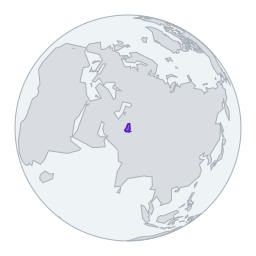 Mary highlighted on a globe, orthographic projection, rotated 42°
{"feature_id": "TKM-360", "entity_name": "Mary", "entity_type": "Province", "adm_level": 1, "iso_a3": "TKM", "parent_name": "Turkmenistan", "parent_adm1": "", "projection": "orthographic", "projection_center": [62.192, 37.327], "detail": "fine", "context": "on_globe", "style": "filled", "palette": "violet", "viewbox_px": 256, "rotation_deg": 42, "n_neighbors": 0, "source": "natural_earth", "source_scale": "10m", "svg_char_len": 11463}
<svg xmlns="http://www.w3.org/2000/svg" viewBox="0 0 256 256"><g transform="rotate(42 128 128)"><circle cx="128" cy="128" r="113" fill="#eef3f6" stroke="#a8b0b8"/><path d="M140.8,16.1L144.7,17.3L154.8,20.8L160.2,22.0L157.3,21.9L169.0,24.8L175.9,28.0L166.8,24.3L164.8,24.0L168.8,26.0L167.6,26.2L168.9,27.3L167.2,27.4L161.9,25.6L160.7,25.7L163.6,27.2L163.7,28.4L159.6,26.2L159.3,28.2L150.5,26.1L141.0,21.1L134.7,21.1L121.3,19.4L121.1,20.1L115.9,20.2L113.8,21.2L111.9,20.9L111.9,22.0L114.0,22.1L114.7,22.7L113.7,23.4L111.1,23.0L111.2,22.6L109.9,22.8L109.1,22.4L108.9,23.0L105.9,22.6L107.3,24.0L103.6,24.6L102.0,24.1L104.2,22.8L106.1,19.3L105.2,18.9L101.6,19.3L90.6,22.7L88.7,23.0L84.7,24.4L84.7,24.7L87.9,23.8L87.0,25.0L91.1,24.0L91.3,24.5L94.6,24.3L91.8,25.8L87.4,27.6L84.5,27.9L82.4,28.8L83.3,29.9L76.2,32.3L68.5,37.1L66.9,37.7L67.1,35.8L71.7,31.9L71.9,30.6L69.5,33.2L65.5,35.1L63.9,36.3L62.8,37.3L63.4,37.3L61.5,38.5L63.3,36.1L65.0,35.0L64.4,35.7L66.5,34.0L67.7,32.9L65.6,34.2L65.8,34.1L72.5,30.0L79.5,26.3L86.7,23.2L94.1,20.6L101.7,18.5L109.4,16.9L117.2,15.9L125.1,15.4L132.9,15.5L140.8,16.1ZM145.7,16.8L143.9,16.6L144.0,16.5L145.0,16.7L145.7,16.8ZM164.3,23.1L162.0,22.2L164.7,23.1L164.3,23.1ZM169.4,27.5L170.4,27.8L170.6,28.3L169.4,27.5ZM95.9,23.5L95.2,23.8L94.9,23.7L95.9,23.5ZM97.9,23.1L98.0,22.6L99.0,22.3L98.9,22.6L97.9,23.1ZM168.2,29.0L168.2,29.9L167.3,28.6L168.2,29.0ZM97.5,23.8L100.7,22.0L102.5,21.6L103.5,22.5L97.5,23.8ZM167.7,30.2L167.8,32.6L170.1,33.4L163.8,33.0L165.7,30.8L164.2,29.1L166.2,30.1L167.7,30.2ZM115.2,21.9L112.8,21.8L115.7,21.3L115.2,21.9ZM116.9,21.5L124.8,19.7L127.7,20.4L124.4,20.8L129.0,21.4L126.5,22.6L123.5,22.5L122.1,21.8L122.2,22.9L116.9,21.5ZM160.2,32.5L159.5,32.9L159.3,32.1L160.2,32.5ZM115.2,22.9L116.6,22.4L119.2,23.0L117.0,24.1L116.9,23.5L115.2,22.9ZM131.4,21.1L133.0,21.8L131.4,23.0L131.8,23.4L126.7,22.7L131.4,21.1ZM115.7,23.8L115.8,24.7L113.6,25.1L114.1,23.5L115.7,23.8ZM120.8,22.7L122.0,23.0L120.6,23.2L120.8,22.7ZM105.9,27.3L107.5,26.5L109.0,26.7L105.9,27.3ZM116.0,25.0L116.7,24.9L117.5,24.9L117.1,25.6L116.0,25.0ZM126.0,23.6L125.0,24.0L128.0,24.0L126.9,25.0L123.7,24.4L124.6,25.0L124.3,25.4L122.1,24.5L126.0,23.6ZM119.0,26.5L114.6,26.3L111.4,27.7L110.0,27.5L115.4,25.4L119.0,26.5ZM121.0,25.4L119.4,26.0L118.5,25.4L118.9,24.6L121.0,25.4ZM127.3,25.9L129.8,24.5L130.4,24.7L127.3,25.9ZM118.3,27.0L119.3,27.0L118.2,27.2L118.3,27.0ZM124.8,26.3L125.5,25.8L126.2,26.0L124.8,26.3ZM120.9,27.7L119.4,27.6L119.7,27.0L120.9,27.7ZM122.8,27.1L123.5,27.6L120.7,26.8L123.0,26.8L122.8,27.1ZM125.3,26.6L125.9,26.6L124.8,26.8L125.3,26.6ZM120.7,30.1L117.0,29.3L117.6,27.9L121.1,28.9L120.7,30.1ZM20.6,136.1L20.8,116.9L23.1,113.3L25.3,106.5L43.2,96.3L45.0,100.6L56.8,106.6L57.9,108.5L54.4,113.3L61.5,125.9L66.4,123.0L74.9,131.1L82.0,133.4L88.3,123.8L76.8,119.7L76.9,113.7L87.8,112.6L98.3,116.5L98.7,114.3L93.8,107.8L98.0,104.9L92.4,105.3L93.3,107.9L89.8,108.4L88.7,106.0L90.2,105.0L87.6,103.0L81.0,108.8L81.3,112.2L73.2,110.3L72.9,115.8L70.1,117.1L69.6,108.4L71.0,105.9L68.6,95.1L66.4,97.5L68.5,107.9L67.0,106.4L64.0,110.2L65.2,106.2L63.4,94.5L57.4,92.5L46.6,98.2L43.7,96.5L42.7,92.0L49.9,82.7L55.5,87.6L58.1,84.8L59.7,78.5L61.2,80.7L62.6,78.9L64.9,80.6L71.0,78.4L73.8,79.8L78.7,74.8L80.9,74.9L77.3,77.8L76.4,80.7L83.7,84.4L85.9,83.9L88.5,80.5L90.2,82.1L91.8,78.3L97.3,79.0L92.0,75.1L94.9,71.4L99.6,69.8L99.6,68.0L91.9,70.7L89.8,72.5L89.4,75.1L82.6,80.0L79.5,79.6L83.0,72.3L79.0,71.2L83.5,66.3L101.5,61.2L107.7,61.5L112.4,69.7L109.5,71.6L106.3,69.5L106.9,74.8L108.0,72.7L109.4,74.3L112.6,71.5L113.7,72.4L114.8,68.3L116.5,69.1L115.8,71.8L122.0,68.8L126.4,70.0L127.2,69.0L126.9,67.4L132.6,70.2L133.0,69.3L131.3,68.0L130.9,65.4L132.4,62.1L134.3,63.2L134.0,64.6L136.2,69.3L135.1,73.1L136.1,73.2L137.5,70.3L134.8,64.4L135.2,62.1L136.9,64.6L136.3,63.5L137.1,62.7L139.7,63.1L138.0,60.3L144.1,51.3L149.7,51.4L150.5,54.5L156.8,50.3L162.6,51.4L161.0,50.2L162.9,47.7L161.2,47.3L160.5,46.5L164.7,40.7L167.1,40.5L167.1,37.1L166.2,36.6L164.4,36.5L163.8,33.0L170.1,33.4L171.7,34.6L174.6,34.3L177.8,37.3L181.7,39.9L183.4,43.8L186.4,45.7L187.2,45.4L191.9,48.0L198.6,54.9L189.6,50.6L178.7,41.8L182.9,45.4L180.9,45.1L181.7,46.8L184.7,49.4L185.7,49.4L185.1,57.3L190.2,66.4L192.4,63.9L195.8,65.0L203.5,74.6L206.7,92.6L211.2,95.5L212.8,98.4L211.8,101.9L209.4,97.6L206.6,97.5L205.5,94.8L203.0,99.2L201.3,95.5L200.2,101.1L202.8,103.3L205.6,100.5L205.4,107.3L210.8,110.3L213.5,116.2L211.7,130.6L206.7,137.4L206.8,139.5L203.7,138.7L201.2,144.2L208.3,152.4L208.7,155.5L203.9,164.0L203.5,161.9L195.3,159.7L195.0,167.4L201.2,170.9L203.4,176.7L199.1,176.6L196.7,171.5L193.8,170.5L193.8,164.0L189.8,155.5L185.4,158.9L184.9,154.9L178.7,148.3L171.9,152.9L161.7,165.9L161.6,175.9L157.5,180.8L149.3,167.7L147.0,157.9L143.2,159.2L135.4,151.1L119.5,150.4L118.0,147.6L114.9,148.7L109.6,145.5L107.6,140.8L104.0,140.6L109.4,152.9L113.4,153.1L117.8,149.0L118.4,153.2L123.7,157.1L115.0,166.2L92.7,171.5L91.9,163.8L82.0,139.3L83.1,137.0L83.1,136.7L83.0,136.2L80.7,139.7L79.5,134.8L83.3,151.7L83.4,158.2L92.4,171.9L91.2,172.8L94.5,175.8L106.8,174.9L106.6,177.3L100.0,187.4L84.2,198.0L87.1,207.1L87.3,213.6L79.2,215.4L81.8,220.3L77.9,220.4L78.8,222.7L76.7,223.8L72.5,223.6L63.5,219.1L61.4,216.9L54.7,210.3L44.7,195.3L45.4,190.9L44.0,185.7L37.6,170.5L38.9,164.8L37.5,160.9L34.6,159.1L33.2,154.3L31.5,152.7L22.3,144.3L20.6,136.1ZM34.8,104.4L33.8,106.2L33.7,106.3L34.8,104.4ZM107.9,126.1L115.1,127.7L114.3,120.4L117.0,120.4L115.7,118.0L114.2,119.8L111.4,113.3L115.4,111.8L115.8,108.8L113.4,108.1L106.6,112.0L110.4,121.1L107.8,123.6L107.9,126.1ZM65.4,35.2L65.2,35.5L63.8,36.6L63.9,36.3L65.4,35.2ZM60.9,41.1L58.1,42.9L60.2,41.3L59.8,41.0L63.7,37.5L66.3,37.8L64.4,38.2L60.9,41.1ZM69.6,33.4L66.9,35.3L69.8,33.2L69.6,33.4ZM67.6,68.0L67.5,70.0L65.3,71.5L61.7,70.5L64.9,68.2L67.6,68.0ZM67.9,72.4L72.4,65.8L74.8,66.4L72.7,67.2L73.8,68.2L70.7,69.7L68.6,77.1L66.5,79.0L61.1,75.6L64.0,75.6L63.9,73.5L67.9,72.4ZM79.6,50.3L81.6,48.1L84.2,52.2L82.1,53.8L78.4,52.7L78.7,50.2L79.6,50.3ZM98.8,26.0L99.3,25.4L100.1,25.4L100.2,26.0L98.8,26.0ZM106.5,26.9L97.0,28.9L97.1,28.3L91.3,30.6L89.5,29.8L93.4,28.3L87.6,29.6L90.4,27.9L86.4,29.0L95.2,25.7L97.4,24.4L95.6,26.1L97.2,26.8L98.5,26.7L104.0,25.7L109.6,23.6L112.1,24.2L112.3,25.2L111.4,25.8L110.1,25.2L109.7,26.4L107.1,26.0L106.5,26.9ZM113.8,40.2L112.8,38.6L111.6,42.2L109.0,41.3L109.0,41.8L106.2,42.0L103.0,43.2L102.1,42.5L101.2,43.3L99.4,43.6L97.8,44.5L95.7,43.7L93.7,44.7L93.9,43.7L90.9,45.9L92.2,44.0L89.9,44.3L89.9,46.0L82.2,40.6L78.1,40.3L73.9,41.2L76.6,38.1L82.2,35.5L88.8,33.8L92.4,34.7L93.0,33.3L94.9,33.4L93.7,34.4L96.7,32.9L97.9,33.3L103.8,32.5L107.4,30.3L109.7,30.1L108.9,31.2L111.6,30.3L111.6,32.2L113.2,32.2L114.8,34.2L112.4,36.5L114.3,36.3L115.6,38.0L113.8,40.2ZM121.0,30.7L118.6,33.4L116.0,34.3L114.3,30.4L112.9,30.2L111.7,28.0L115.5,26.9L115.5,27.5L116.4,28.0L114.8,28.2L116.7,28.3L116.7,29.3L118.2,29.8L117.0,30.5L121.0,30.7ZM60.5,107.5L61.6,108.5L63.6,109.4L61.8,111.9L60.5,107.5ZM59.1,99.6L60.3,99.9L58.7,103.6L57.6,102.7L59.1,99.6ZM62.4,97.1L60.5,99.7L60.9,97.7L62.4,97.1ZM78.6,78.0L80.0,78.2L79.6,79.1L78.2,80.1L78.6,78.0ZM109.8,51.8L109.6,50.5L110.4,50.3L112.1,47.5L114.2,48.1L113.9,50.0L109.8,51.8ZM85.6,124.9L82.7,126.3L82.0,124.9L83.1,124.7L85.6,124.9ZM71.1,119.1L73.7,121.9L70.5,119.8L71.1,119.1ZM112.4,52.0L112.8,50.7L113.6,51.8L112.4,52.0ZM115.8,48.4L116.9,49.5L114.6,47.9L115.8,48.4ZM136.7,240.0L138.2,240.1L136.3,240.2L136.7,240.0ZM105.9,216.1L101.4,225.6L96.2,224.7L94.1,221.5L95.0,215.5L100.7,214.6L103.2,211.8L105.9,216.1ZM220.9,179.8L222.7,178.6L222.5,179.0L220.9,179.8ZM219.1,180.0L221.3,178.4L218.6,181.2L219.1,180.0ZM222.1,177.8L224.3,175.1L225.3,173.7L225.0,174.7L222.1,177.8ZM217.6,181.2L208.4,187.0L204.5,188.1L205.6,186.2L211.9,183.0L217.6,181.2ZM205.3,186.3L199.1,185.2L189.2,176.4L192.8,175.3L202.9,178.9L202.3,180.5L206.0,181.9L205.3,186.3ZM219.5,170.1L218.9,174.4L214.0,177.4L211.6,178.2L210.1,174.1L211.0,171.0L212.9,169.9L219.5,156.1L222.0,156.6L220.3,161.9L222.2,164.0L219.5,170.1ZM162.2,176.7L165.3,181.9L162.9,183.2L162.2,176.7ZM221.4,147.7L219.3,153.7L220.9,146.5L221.4,147.7ZM221.9,141.4L222.4,143.4L221.0,142.2L221.9,141.4ZM207.5,142.5L205.4,144.2L205.0,142.7L207.4,139.7L207.5,142.5ZM215.6,121.3L217.0,125.8L217.1,127.5L215.5,125.5L215.6,121.3ZM130.8,57.2L126.0,60.2L124.0,63.2L125.0,65.9L121.5,63.5L124.7,58.9L130.8,57.2ZM142.3,51.8L141.4,49.7L143.1,49.9L143.5,50.4L142.3,51.8ZM140.8,51.0L137.2,49.7L137.5,48.1L140.3,49.4L140.8,51.0ZM124.6,50.5L123.1,51.3L122.5,50.3L124.6,50.5ZM207.0,208.3L204.3,210.9L202.2,212.5L204.7,210.0L206.8,205.9L207.6,205.3L209.5,201.5L218.6,191.6L225.7,179.6L228.5,176.5L232.0,168.0L234.1,164.5L232.2,170.1L232.8,169.2L229.0,177.8L224.5,186.1L219.3,194.0L213.5,201.4L207.0,208.3ZM235.6,161.2L237.1,155.9L236.9,157.0L235.6,161.2ZM225.2,176.2L227.9,171.0L229.1,169.5L225.2,176.2ZM238.7,148.7L237.6,153.7L235.8,158.1L236.6,155.3L236.7,153.2L234.1,156.8L233.6,156.0L234.7,153.1L232.7,154.7L235.0,150.6L235.7,152.9L236.9,148.0L238.4,145.3L239.4,143.1L239.7,142.9L239.5,144.0L239.4,144.7L238.7,148.7ZM234.5,158.7L234.8,158.1L234.4,159.7L234.5,158.7ZM229.8,161.9L229.6,163.1L228.9,163.1L229.8,161.9ZM230.7,160.3L232.7,158.8L230.5,161.4L230.7,160.3ZM223.5,163.8L224.3,165.6L226.7,161.9L224.8,165.8L226.2,168.3L225.5,170.3L224.2,167.5L223.3,172.4L222.2,173.3L221.9,170.0L223.1,164.3L224.2,161.4L228.4,156.7L223.5,163.8ZM230.8,157.3L230.2,155.1L230.6,152.6L231.3,153.5L230.8,157.3ZM228.1,149.9L226.0,148.2L224.5,150.9L227.1,143.1L228.7,146.1L228.1,149.9ZM225.7,143.8L224.3,146.4L225.4,142.1L225.7,143.8ZM223.7,145.5L223.2,143.3L224.4,142.5L223.7,145.5ZM226.5,143.2L226.0,138.8L227.0,140.7L226.5,143.2ZM221.5,138.3L225.0,140.0L221.2,141.3L219.1,133.4L220.6,131.9L221.5,138.3ZM217.5,98.5L216.1,96.5L216.9,94.8L217.6,96.6L217.5,98.5ZM218.1,88.0L216.6,93.7L215.2,98.6L216.5,98.8L217.8,103.3L214.8,100.9L214.5,94.7L215.9,91.8L214.4,88.2L214.3,84.4L211.6,80.8L211.0,78.4L213.9,80.9L218.1,88.0ZM210.4,79.4L205.6,72.5L207.9,71.2L209.5,72.4L210.7,76.0L209.4,76.5L210.4,79.4ZM205.2,70.6L203.9,71.0L194.2,63.6L192.7,61.8L201.3,66.3L200.5,67.1L202.5,69.3L205.2,70.6ZM160.6,33.4L159.6,32.9L160.7,32.9L160.6,33.4ZM159.5,46.4L158.8,45.3L160.2,45.2L159.5,46.4ZM157.7,42.4L156.7,43.3L157.0,41.9L157.7,42.4ZM154.5,45.3L155.9,43.4L155.7,45.9L154.5,45.3Z" fill="#d9dde1" stroke="#a8b0b8" stroke-width="1"/><path d="M132.0,128.9L131.8,129.2L131.8,129.3L131.8,129.5L131.8,129.8L131.7,130.0L131.4,130.1L131.3,130.3L131.2,130.3L131.2,130.2L131.1,130.3L130.9,130.4L130.9,130.5L130.7,130.5L130.4,130.7L130.2,130.7L130.1,130.8L129.8,130.9L129.5,130.9L129.4,130.9L129.4,131.0L129.5,131.0L129.6,131.3L129.4,131.3L129.4,131.5L129.5,131.5L129.4,131.6L129.3,131.8L129.2,131.8L128.9,132.0L128.7,132.1L128.4,132.0L128.2,132.3L128.1,132.2L128.0,131.9L127.9,131.9L127.7,131.7L127.4,131.8L127.1,131.7L126.9,131.6L126.8,131.4L127.0,131.1L126.9,131.0L126.9,130.9L127.0,130.8L127.0,130.7L126.9,130.6L126.9,129.9L126.9,129.3L126.8,129.1L126.5,128.5L126.4,128.4L126.1,127.9L126.3,127.9L126.4,128.0L126.5,128.1L126.5,128.3L126.8,128.2L126.7,128.0L126.4,127.9L126.2,127.9L126.0,127.4L126.1,127.2L126.0,126.9L126.0,126.6L125.9,126.5L125.5,126.1L125.3,125.2L125.5,125.2L125.5,124.9L125.7,124.7L125.8,124.2L126.1,124.1L126.2,123.7L126.5,123.7L126.6,123.8L126.8,124.0L127.1,124.3L128.3,125.6L128.8,126.2L129.0,126.3L129.5,126.5L130.1,127.2L130.4,127.4L130.4,127.5L130.2,127.8L130.0,128.0L130.1,128.9L130.5,128.9L130.9,128.9L131.3,128.9L131.6,128.9L132.0,128.9L132.0,128.9Z" fill="#8b5cf6" stroke="#5b21b6" stroke-width="1.5"/></g></svg>